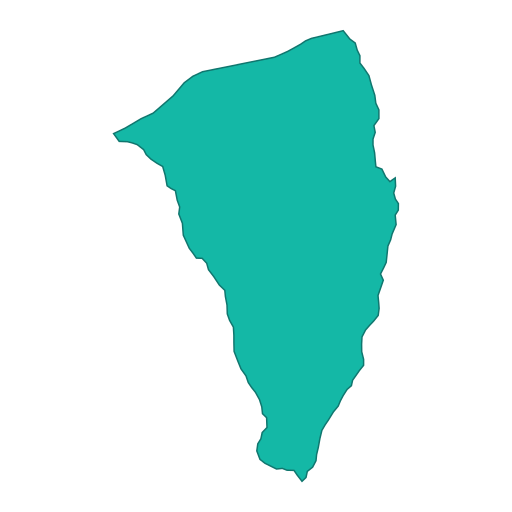 Santa Albertina, São Paulo, Brazil
{"feature_id": "56859067B20515811466790", "entity_name": "Santa Albertina", "entity_type": "district", "adm_level": 2, "iso_a3": "BRA", "parent_name": "Brazil", "parent_adm1": "São Paulo", "projection": "equal_earth", "projection_center": [-50.724, -20.031], "detail": "fine", "context": "isolated", "style": "filled", "palette": "teal", "viewbox_px": 512, "rotation_deg": 0, "n_neighbors": 0, "source": "geoboundaries", "source_scale": "gbopen_adm2", "svg_char_len": 1829}
<svg xmlns="http://www.w3.org/2000/svg" viewBox="0 0 512 512"><path d="M113.6,133.6L119.2,141.4L127.5,141.7L132.2,142.9L137.2,144.6L143.7,149.7L146.2,154.6L150.9,159.1L157.2,163.4L162.7,166.5L165.2,175.2L167.1,185.8L171.2,188.6L175.4,190.7L177.2,200.1L179.7,207.0L178.8,214.0L182.4,223.3L183.3,235.2L189.3,248.3L193.0,253.2L196.4,258.1L202.1,258.3L206.7,263.2L208.5,269.7L213.7,276.5L219.3,285.0L224.8,290.3L225.4,296.5L227.0,305.0L227.3,313.9L229.6,320.4L233.4,327.1L233.9,335.5L233.9,342.5L234.1,351.4L237.8,361.0L241.0,368.9L246.0,375.9L248.3,382.6L251.7,387.6L255.4,392.2L259.5,399.6L261.8,406.9L262.5,413.7L266.6,417.7L267.0,427.5L262.2,432.5L260.9,438.8L257.8,443.8L256.8,450.9L260.0,459.4L265.0,463.3L276.5,469.0L282.3,468.4L287.0,470.2L294.0,470.4L297.2,475.1L302.0,481.3L306.0,477.5L307.3,471.4L312.6,467.2L316.0,460.7L316.6,454.5L318.3,447.4L319.9,438.5L321.9,430.3L325.2,424.7L328.4,420.0L333.4,411.9L338.2,406.1L340.4,400.8L343.2,395.5L347.1,389.4L351.4,385.7L352.6,380.2L355.8,375.7L359.5,370.4L363.6,365.3L363.6,359.3L361.7,351.7L361.6,344.0L362.0,336.9L365.6,329.9L369.9,325.0L373.7,321.0L378.2,315.4L379.1,308.4L378.7,302.8L378.0,295.5L381.0,286.9L383.3,280.2L380.5,274.0L383.8,267.5L386.2,262.4L386.9,255.8L387.9,246.1L390.6,239.9L392.1,234.0L396.1,224.6L395.2,215.1L398.3,210.1L398.4,203.6L395.4,199.1L393.7,193.0L395.6,186.2L395.2,177.9L389.9,181.6L385.7,177.0L381.9,169.1L375.9,166.8L375.3,160.9L374.6,152.8L373.0,145.0L373.0,139.1L375.2,132.4L373.9,125.6L378.9,118.6L378.9,109.9L375.8,103.2L374.8,95.3L371.4,84.8L368.9,75.6L364.1,68.5L359.9,63.0L359.9,55.7L357.2,50.1L355.2,43.0L349.9,39.1L343.2,30.7L311.4,38.4L305.5,40.9L300.7,44.2L287.9,51.3L274.6,57.2L202.6,71.7L192.8,76.3L184.3,82.7L173.1,95.9L153.2,113.1L141.1,118.7L125.2,128.1L113.6,133.6Z" fill="#14b8a6" stroke="#0f766e" stroke-width="1.5"/></svg>